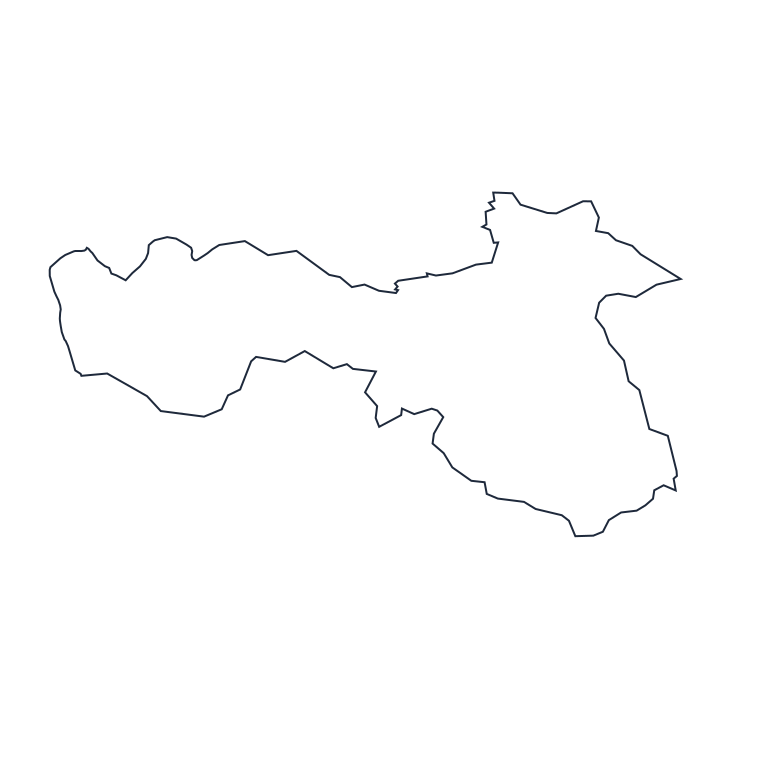 Gostivar, Gostivar, North Macedonia, rotated 350°
{"feature_id": "65306769B11113266730381", "entity_name": "Gostivar", "entity_type": "district", "adm_level": 2, "iso_a3": "MKD", "parent_name": "North Macedonia", "parent_adm1": "Gostivar", "projection": "orthographic", "projection_center": [20.801, 41.759], "detail": "fine", "context": "isolated", "style": "outline", "palette": "slate", "viewbox_px": 768, "rotation_deg": 350, "n_neighbors": 0, "source": "geoboundaries", "source_scale": "gbopen_adm2", "svg_char_len": 2182}
<svg xmlns="http://www.w3.org/2000/svg" viewBox="0 0 768 768"><g transform="rotate(350 384 384)"><path d="M563.8,569.7L573.9,567.5L581.8,557.1L595.2,551.7L610.8,552.6L620.3,548.9L629.0,543.7L631.7,535.6L641.8,532.3L652.8,539.5L652.8,527.5L656.5,525.4L657.0,520.5L654.5,484.3L637.5,474.4L634.4,434.3L625.4,423.8L624.4,402.6L612.9,383.2L610.2,367.9L603.8,355.7L610.0,341.3L618.1,335.6L630.4,335.8L647.1,342.1L669.6,333.5L694.4,332.1L659.2,300.8L652.5,291.1L637.4,282.7L631.0,274.4L619.3,270.1L624.5,257.4L619.7,240.1L611.8,238.6L583.4,245.9L574.5,243.9L549.6,231.1L543.7,218.5L528.7,215.2L524.8,214.5L524.6,222.8L518.9,223.7L522.9,230.4L514.0,232.0L512.6,244.7L508.1,246.3L515.2,250.7L516.6,264.0L521.0,264.4L511.2,283.2L495.3,282.4L470.7,286.9L454.0,286.2L445.4,282.5L445.6,285.6L415.9,284.8L412.2,287.0L414.3,290.4L411.4,292.8L414.1,294.0L411.6,296.5L395.2,291.3L382.1,282.7L369.2,283.0L359.2,271.1L349.0,267.0L320.9,237.7L292.2,237.0L271.8,219.1L245.9,218.5L238.2,221.6L233.0,224.5L229.2,226.2L221.2,229.5L219.6,229.4L218.8,229.1L217.0,226.5L216.9,223.5L218.2,219.8L217.7,216.3L213.7,212.4L204.5,204.7L196.0,201.7L183.2,202.6L181.1,203.6L176.5,206.4L174.4,214.1L171.2,219.4L164.1,225.8L155.5,231.0L147.6,237.0L139.3,230.5L134.7,227.9L133.5,222.0L129.6,219.5L123.3,212.6L119.5,204.3L118.1,202.5L116.5,199.6L115.0,198.3L113.6,200.0L112.1,200.6L109.0,200.5L107.4,200.2L103.0,199.4L101.5,199.5L92.5,201.6L87.1,204.0L75.8,211.0L74.6,213.5L73.6,219.6L75.4,235.8L76.7,240.8L77.9,244.8L78.1,246.4L78.7,250.3L78.6,254.4L77.5,257.5L76.1,263.2L75.9,265.0L75.8,266.9L75.7,270.9L75.7,276.9L77.0,284.7L78.0,286.4L79.4,291.8L80.0,296.8L82.3,317.0L87.0,321.3L87.4,323.4L113.2,325.6L148.5,354.8L159.5,371.9L201.1,384.9L219.8,380.7L228.4,368.1L241.4,364.4L257.1,338.6L262.7,335.1L290.4,345.0L311.7,337.8L336.8,359.7L350.9,358.0L356.0,363.7L378.2,370.3L363.9,388.9L373.4,404.6L369.9,416.0L371.8,425.3L395.5,417.6L397.4,411.3L408.5,418.9L426.7,416.6L431.9,419.4L436.6,426.9L424.5,441.6L421.5,451.1L430.8,462.5L436.8,478.0L453.2,494.5L466.0,498.2L466.1,510.1L476.2,516.6L501.4,524.4L511.6,533.4L536.3,544.1L542.4,550.8L546.0,567.1L563.8,569.7Z" fill="none" stroke="#1e293b" stroke-width="2"/></g></svg>